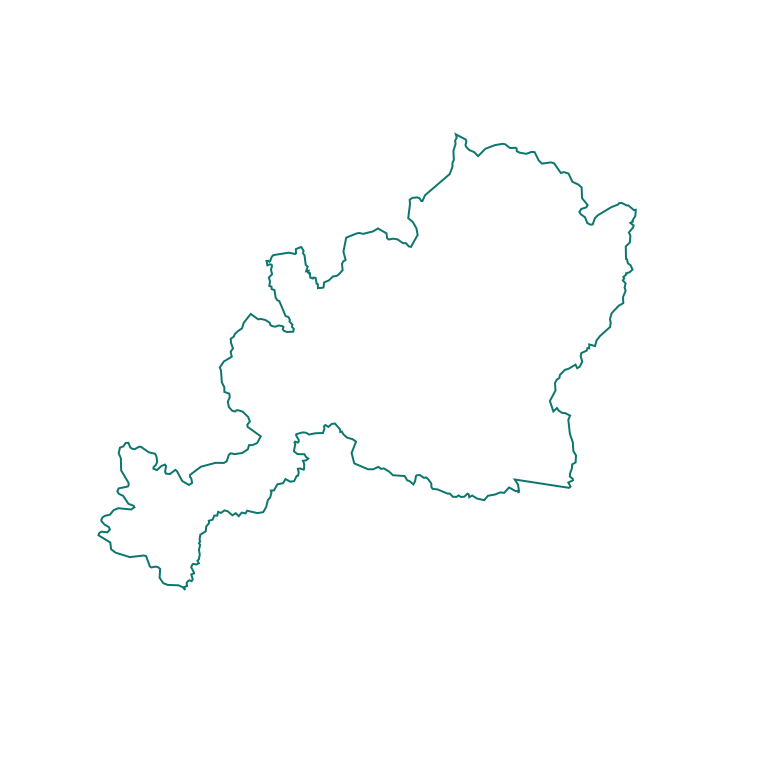 the district of Jopala, Puebla, Mexico, rotated 115°
{"feature_id": "50627088B36485372872762", "entity_name": "Jopala", "entity_type": "district", "adm_level": 2, "iso_a3": "MEX", "parent_name": "Mexico", "parent_adm1": "Puebla", "projection": "albers", "projection_center": [-97.765, 20.202], "detail": "fine", "context": "isolated", "style": "outline", "palette": "teal", "viewbox_px": 768, "rotation_deg": 115, "n_neighbors": 0, "source": "geoboundaries", "source_scale": "gbopen_adm2", "svg_char_len": 6166}
<svg xmlns="http://www.w3.org/2000/svg" viewBox="0 0 768 768"><g transform="rotate(115 384 384)"><path d="M553.3,596.4L558.9,595.2L562.5,591.1L573.4,585.7L581.5,573.8L583.5,572.7L585.1,572.8L590.8,580.4L594.0,580.3L595.6,577.9L595.6,573.1L600.6,565.0L600.2,559.4L601.2,558.1L604.6,560.1L608.9,572.4L612.7,575.8L618.2,577.1L621.5,581.3L623.8,582.7L626.8,582.8L627.8,581.9L629.4,578.2L630.0,572.8L631.8,570.9L635.3,572.0L637.3,577.8L639.6,579.1L641.8,578.8L643.3,565.1L649.1,561.5L650.3,555.9L648.3,541.2L641.0,529.3L640.5,526.9L648.3,519.1L648.5,517.2L646.1,514.0L645.5,511.1L646.3,508.7L654.4,505.5L657.8,499.9L657.5,495.1L653.3,485.2L653.2,480.4L654.7,477.2L652.4,479.2L650.3,477.1L648.0,478.7L646.0,478.6L644.1,477.4L644.0,475.0L641.9,474.8L638.0,478.2L635.9,476.2L635.1,476.6L631.6,481.2L629.9,481.5L627.7,481.0L626.8,477.7L624.7,476.0L623.0,478.4L621.2,477.7L616.4,478.9L612.5,481.6L607.5,482.7L606.5,484.4L604.4,484.1L603.2,485.3L598.2,486.8L592.8,483.3L588.3,484.9L583.9,483.7L582.0,485.0L579.4,482.0L575.0,482.2L573.7,479.5L570.0,480.3L569.7,477.2L566.0,475.2L565.4,471.9L567.1,465.9L563.7,463.7L565.2,459.8L560.7,458.6L559.8,454.8L556.7,454.5L554.5,444.2L551.2,439.3L545.1,438.8L538.4,440.2L535.1,439.2L530.0,440.1L528.4,441.5L527.0,438.8L519.9,438.2L516.6,433.6L511.8,433.1L512.1,427.5L510.0,424.4L504.3,424.3L503.3,423.1L500.0,424.0L497.3,426.2L496.0,424.3L495.6,420.6L494.9,420.5L490.3,422.5L487.8,425.0L486.2,422.4L483.6,421.1L483.0,424.0L481.3,426.5L484.1,432.7L483.1,437.2L476.1,439.0L474.8,440.4L473.8,440.2L473.5,437.4L472.2,436.9L470.5,437.9L467.7,442.0L466.5,442.2L462.3,437.4L461.1,434.0L461.5,430.6L457.6,425.3L454.2,418.6L449.5,419.2L447.7,420.5L445.9,419.8L446.4,416.3L442.2,414.4L440.6,411.7L443.6,404.8L446.0,403.3L444.9,402.1L446.7,399.7L448.2,394.9L447.3,389.3L448.1,385.0L460.2,384.2L468.3,377.6L468.5,376.4L468.0,362.3L465.8,357.7L461.5,354.1L462.2,351.0L460.6,348.4L461.2,342.4L462.9,337.4L458.7,326.4L461.5,322.2L461.2,319.8L462.6,315.0L459.1,314.7L454.1,316.1L452.7,315.5L451.4,313.1L452.2,308.1L450.9,306.4L451.6,303.7L454.2,299.1L457.5,297.4L458.5,295.5L456.9,291.0L456.5,280.2L455.5,278.1L457.1,273.9L455.6,270.5L453.4,269.3L453.9,266.6L452.2,263.6L448.2,262.0L448.2,260.6L450.6,258.9L447.8,256.9L448.5,251.3L447.0,244.1L441.3,242.5L437.5,237.0L433.1,232.8L431.9,229.1L424.9,226.9L425.5,219.6L424.4,217.7L425.3,216.6L424.6,216.0L418.7,219.9L415.3,225.1L399.9,172.4L398.1,171.6L395.4,175.3L391.4,172.0L390.1,173.0L389.4,176.4L386.3,177.6L380.8,178.1L377.4,179.5L374.1,177.2L367.6,179.8L364.8,184.0L357.1,188.2L350.7,194.4L338.6,201.8L334.0,202.0L333.8,207.4L334.9,210.3L334.3,214.4L332.7,217.1L337.3,218.9L329.3,226.5L317.5,225.8L310.9,229.4L307.2,229.3L304.3,227.6L301.5,228.4L294.8,226.1L292.1,223.1L285.5,218.6L288.0,215.6L285.7,213.9L280.1,213.7L275.5,217.6L272.5,218.2L268.1,214.4L265.6,214.8L265.0,213.1L261.4,214.7L260.4,208.7L254.8,209.8L249.2,208.5L236.8,203.2L232.5,204.5L229.8,206.6L223.7,207.6L214.0,204.4L209.6,201.3L204.2,204.1L197.4,204.4L194.9,206.7L190.8,207.5L189.1,211.3L186.6,211.0L185.9,212.3L182.3,210.7L181.4,211.4L178.9,208.6L175.2,207.1L172.1,210.9L171.6,213.9L168.3,216.5L168.4,217.5L157.2,223.0L151.9,221.0L145.4,223.4L143.2,226.1L137.1,224.4L134.8,224.8L133.9,228.8L131.6,227.1L130.8,227.9L125.6,227.2L119.7,229.4L120.8,231.0L118.9,237.9L119.6,239.2L119.4,245.1L120.7,247.3L122.5,247.8L127.9,252.9L140.7,261.5L144.5,262.9L151.2,262.3L152.4,264.4L152.2,267.8L147.9,272.3L147.0,277.4L145.5,279.7L142.0,279.2L138.4,275.3L135.8,275.0L131.9,283.0L122.3,288.0L121.1,292.3L121.1,298.7L115.3,305.7L115.9,310.5L118.0,312.9L112.0,323.3L112.7,326.6L117.5,333.9L116.1,338.1L110.2,345.5L111.4,348.5L115.3,352.4L117.0,358.9L116.9,362.0L114.5,363.4L114.3,364.7L116.9,369.5L115.5,375.6L116.2,378.0L120.7,384.5L127.9,391.5L137.7,395.0L135.7,400.5L135.9,405.4L134.5,409.5L133.1,411.1L129.3,411.9L127.9,413.2L127.4,424.4L130.0,422.2L133.3,422.4L136.2,420.6L143.4,419.6L151.4,415.4L154.6,415.4L158.3,413.7L166.0,413.2L195.6,426.6L202.0,426.5L202.4,427.5L200.6,430.5L200.8,432.7L203.3,436.9L206.1,438.6L209.9,436.5L223.5,432.1L225.0,426.4L229.2,420.4L234.7,416.5L248.3,417.5L248.8,419.7L247.1,423.5L248.3,426.4L247.2,432.9L248.5,437.3L251.0,440.7L250.5,442.9L246.4,445.4L245.6,455.2L250.3,458.4L256.7,466.3L257.6,470.2L259.1,472.4L267.3,480.1L281.2,476.7L287.8,471.2L290.2,472.8L292.8,472.9L298.3,469.6L303.8,471.3L306.3,472.8L308.0,475.7L313.3,477.7L317.3,481.2L322.1,479.6L323.0,480.7L325.0,484.4L321.5,486.2L321.6,487.4L316.7,490.9L317.4,493.0L318.5,493.1L318.7,495.7L314.7,498.2L314.7,499.6L315.7,498.4L314.9,500.3L313.3,500.3L314.7,502.2L310.0,502.8L309.1,505.3L301.0,510.4L299.7,512.7L297.2,513.2L294.8,517.0L299.0,520.9L302.8,519.0L303.7,519.4L305.2,525.8L314.0,538.8L316.1,539.5L320.7,539.1L321.7,539.6L321.2,541.0L322.1,542.5L325.7,539.8L323.6,537.8L323.4,536.3L324.3,535.4L328.3,534.7L331.7,531.8L336.3,533.3L339.1,530.7L343.6,529.4L343.3,527.1L345.5,525.9L345.1,523.0L351.8,518.5L353.2,515.9L353.1,513.9L364.0,501.9L363.7,499.0L365.7,496.3L367.3,496.1L369.0,492.0L371.0,491.7L372.2,489.0L375.0,488.4L377.9,494.1L378.1,497.3L377.1,498.9L374.7,499.3L374.5,500.4L375.4,504.1L378.0,506.7L378.8,509.8L378.7,511.7L376.8,513.5L376.1,518.8L377.2,523.5L378.6,525.4L376.8,534.4L387.9,537.0L393.5,536.2L398.1,538.9L401.8,540.3L404.7,540.2L407.8,542.0L411.3,540.1L415.6,535.9L419.7,536.6L423.6,533.5L431.3,538.7L438.3,539.8L440.9,537.3L451.0,531.7L454.5,527.3L458.6,525.4L458.2,520.2L459.3,519.3L461.4,518.2L466.2,518.0L470.5,514.8L472.4,510.3L471.9,507.3L470.1,506.5L469.3,504.6L468.8,500.2L471.3,493.2L474.6,489.7L478.6,490.7L480.5,489.5L483.5,473.6L491.1,474.0L495.0,477.4L496.5,480.5L500.7,479.8L506.5,483.4L510.7,489.8L511.6,493.7L513.6,494.7L520.7,493.9L523.2,495.8L526.8,503.6L536.4,515.0L548.2,521.3L550.1,520.7L550.9,518.9L554.7,516.1L557.9,518.1L557.2,525.9L550.5,534.8L550.0,536.8L556.1,540.0L557.4,543.7L556.1,545.3L550.4,546.9L549.6,548.5L552.6,551.2L558.0,553.4L558.2,557.2L556.6,557.7L553.7,556.5L550.5,556.7L545.9,559.5L544.0,562.0L545.3,568.4L543.6,577.9L544.7,579.8L548.5,582.4L549.1,584.9L548.7,587.2L545.3,590.8L546.6,593.2L550.6,593.8L553.3,596.4Z" fill="none" stroke="#0f766e" stroke-width="2"/></g></svg>